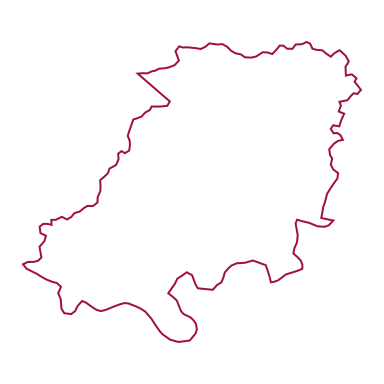 Porto Barreiro, Paraná, Brazil (Mercator projection)
{"feature_id": "56859067B98723098122563", "entity_name": "Porto Barreiro", "entity_type": "district", "adm_level": 2, "iso_a3": "BRA", "parent_name": "Brazil", "parent_adm1": "Paraná", "projection": "mercator", "projection_center": [-52.383, -25.592], "detail": "fine", "context": "isolated", "style": "outline", "palette": "rose", "viewbox_px": 384, "rotation_deg": 0, "n_neighbors": 0, "source": "geoboundaries", "source_scale": "gbopen_adm2", "svg_char_len": 2773}
<svg xmlns="http://www.w3.org/2000/svg" viewBox="0 0 384 384"><path d="M338.1,173.1L333.5,169.7L330.8,164.8L332.2,158.5L330.1,155.2L329.2,149.3L333.9,143.7L338.2,140.8L342.9,139.9L340.3,134.9L337.2,133.0L333.5,133.3L330.8,128.9L333.1,125.3L339.3,126.3L341.2,120.3L344.2,113.7L338.7,111.5L340.9,105.8L339.5,101.8L347.5,100.2L350.9,95.9L353.8,93.2L357.3,94.0L361.0,89.9L354.6,81.8L356.5,78.3L351.8,74.3L345.9,75.6L345.5,66.8L348.8,61.6L345.7,55.8L339.6,50.2L334.5,53.1L330.8,56.7L326.5,53.8L322.3,50.3L316.3,49.8L312.4,48.6L310.1,43.6L306.5,42.0L301.9,44.2L295.6,44.5L292.5,48.8L287.1,48.7L283.4,45.7L279.6,45.7L276.7,49.4L272.2,54.1L268.1,52.6L262.9,52.2L256.1,56.5L251.4,57.6L245.0,57.3L240.7,54.3L235.5,53.3L231.0,50.7L227.3,46.9L222.3,44.1L217.4,44.5L209.3,43.4L205.5,46.7L200.8,49.0L196.1,48.2L187.7,47.3L182.8,47.5L179.1,46.4L175.5,51.2L178.9,60.6L174.7,65.1L168.9,67.4L164.4,68.3L158.9,68.7L155.7,70.5L151.9,71.3L147.3,73.4L142.8,73.2L137.7,73.6L160.5,93.4L166.7,98.7L169.8,101.3L167.3,105.8L160.0,106.6L155.7,106.5L151.7,106.5L149.8,110.1L145.1,112.6L141.4,116.7L136.8,118.4L133.3,119.5L131.6,124.4L129.4,130.7L127.7,135.8L129.6,140.5L130.0,144.5L129.2,150.6L124.8,153.2L121.5,151.1L118.2,153.7L118.5,159.4L116.1,165.0L109.5,168.6L107.9,173.3L104.3,176.7L100.2,180.2L100.5,184.9L100.4,190.9L97.7,197.1L97.5,202.5L92.8,206.1L87.6,205.9L83.8,208.1L79.6,211.6L74.4,213.1L71.4,216.9L67.1,219.5L61.9,216.8L55.8,219.8L51.3,219.9L51.6,224.8L47.2,223.9L43.2,223.9L39.6,226.7L40.5,233.1L45.9,235.8L44.4,241.1L39.5,246.8L41.4,257.5L38.3,260.6L34.0,261.9L27.7,262.0L23.0,264.3L26.7,268.8L37.5,274.2L41.0,276.5L46.4,279.5L52.4,281.9L56.9,283.0L61.0,286.8L58.2,293.3L60.7,299.0L61.5,308.7L64.2,313.2L71.2,314.1L75.1,311.1L77.6,306.0L82.1,301.0L86.1,302.7L92.6,307.4L96.8,310.0L101.0,311.1L106.0,309.8L114.2,306.4L120.3,304.2L124.2,303.1L128.3,303.4L136.0,306.4L140.8,308.7L145.3,311.6L151.3,318.6L155.6,325.3L160.0,331.5L162.6,334.3L170.0,339.6L178.5,342.0L189.8,340.5L195.6,333.4L196.9,329.3L196.0,324.0L193.7,320.4L190.4,317.3L183.6,314.1L181.0,311.1L176.8,300.5L172.9,296.9L168.3,293.3L171.2,289.0L174.7,284.1L177.4,278.6L182.0,275.7L186.7,272.3L192.1,275.2L195.6,284.6L197.9,288.3L212.8,289.8L217.2,284.9L221.4,282.4L223.4,277.5L224.8,272.4L228.1,268.6L231.4,265.6L237.0,263.2L241.4,263.1L245.6,262.6L252.9,260.5L265.8,265.2L267.9,271.4L269.5,276.5L270.9,282.3L274.5,281.7L278.0,280.4L286.0,274.4L297.6,270.8L302.3,268.8L302.4,264.7L300.7,260.5L297.9,257.5L293.4,253.5L294.4,248.2L297.0,242.4L297.7,235.1L295.6,223.5L297.1,219.7L303.0,221.4L309.3,222.9L317.5,226.3L324.4,226.8L328.7,225.4L333.3,220.5L327.3,219.3L321.3,218.0L322.1,213.7L323.3,206.6L324.8,202.7L327.1,193.8L329.8,189.4L332.9,184.7L337.4,178.5L338.1,173.1Z" fill="none" stroke="#9f1239" stroke-width="2"/></svg>